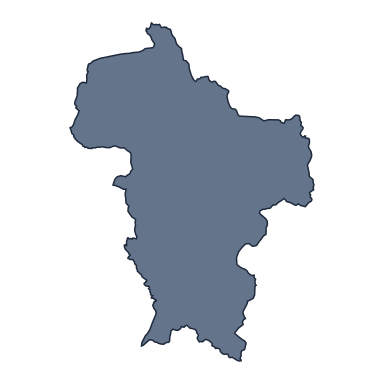 the district of Mdrak District, Đắk Lắk, Vietnam
{"feature_id": "81297802B27744921596224", "entity_name": "Mdrak District", "entity_type": "district", "adm_level": 2, "iso_a3": "VNM", "parent_name": "Vietnam", "parent_adm1": "Đắk Lắk", "projection": "robinson", "projection_center": [108.788, 12.703], "detail": "fine", "context": "isolated", "style": "filled", "palette": "slate", "viewbox_px": 384, "rotation_deg": 0, "n_neighbors": 0, "source": "geoboundaries", "source_scale": "gbopen_adm2", "svg_char_len": 5973}
<svg xmlns="http://www.w3.org/2000/svg" viewBox="0 0 384 384"><path d="M125.3,249.3L128.2,252.2L129.0,253.9L130.2,254.7L130.0,255.3L128.6,256.6L127.9,258.2L130.2,259.5L132.5,259.5L133.3,260.2L134.6,262.4L134.7,263.8L136.3,265.3L136.5,268.3L137.3,270.0L137.4,271.2L139.1,272.6L139.4,273.3L141.2,274.4L142.2,276.8L143.0,277.6L146.7,280.1L146.7,281.1L145.8,281.5L145.6,282.2L144.1,283.4L144.3,284.4L145.7,285.8L147.4,286.3L148.7,286.2L149.2,286.5L149.3,287.6L148.5,288.8L150.2,290.1L149.9,291.7L150.7,293.3L150.6,294.5L151.0,295.0L152.7,295.8L151.5,296.9L151.4,298.1L153.8,298.3L154.2,299.4L156.0,299.9L156.4,300.6L156.2,301.0L154.1,301.8L153.9,302.1L154.2,302.8L153.5,303.4L153.3,304.4L152.7,305.2L153.9,308.4L156.0,311.1L155.7,311.8L156.3,312.7L155.8,314.6L152.8,321.7L149.8,329.7L147.1,334.0L145.6,335.4L142.0,342.3L141.5,346.0L143.2,345.3L148.9,340.3L150.0,339.8L152.6,340.2L154.6,341.9L157.0,342.4L158.2,343.2L161.2,344.1L163.8,344.2L166.2,342.5L168.3,342.4L169.4,341.7L169.6,340.9L169.8,336.9L170.6,333.9L171.0,330.7L173.2,329.1L175.1,330.0L177.8,330.4L180.3,328.9L181.6,326.5L184.0,327.3L186.1,325.4L187.1,325.4L189.9,328.1L194.7,329.2L196.4,330.9L196.9,333.1L198.3,334.7L198.3,335.7L197.3,337.6L197.3,338.6L199.1,341.7L199.6,342.0L201.2,341.4L202.7,341.8L205.3,339.4L207.7,340.0L209.5,341.0L211.6,342.9L212.2,343.8L211.9,345.7L214.4,346.8L215.5,348.5L215.9,348.6L216.9,347.9L219.9,349.2L220.3,350.1L220.2,351.3L220.5,351.8L222.8,353.9L224.5,354.3L227.4,354.0L228.1,354.6L228.6,356.4L229.2,357.4L229.7,357.6L232.0,357.4L233.1,357.8L236.2,359.8L238.7,361.0L241.1,360.8L241.1,359.9L240.0,358.8L241.0,356.1L241.2,351.8L242.0,350.7L244.1,349.8L244.8,349.0L245.4,345.7L246.0,344.0L246.0,342.8L244.8,341.1L240.9,338.6L235.4,334.1L234.9,333.5L234.9,332.7L238.5,328.1L243.1,324.6L243.1,323.9L242.5,322.7L242.5,321.9L243.7,319.6L245.5,318.6L244.4,316.9L243.1,313.6L243.1,311.5L247.2,303.6L247.6,301.1L248.7,300.8L253.2,298.3L254.6,295.1L255.0,286.3L256.2,285.2L255.6,284.7L255.0,283.1L255.0,280.9L255.6,279.2L254.7,278.4L254.1,277.3L254.2,275.2L251.8,275.5L249.8,274.4L248.3,273.0L246.9,270.7L246.3,270.2L244.4,269.0L242.7,268.5L240.6,267.4L237.1,264.8L236.8,262.7L236.5,257.5L238.7,251.7L242.4,247.0L244.9,244.5L246.2,243.8L249.1,243.6L252.2,246.1L254.3,246.1L256.3,245.5L256.9,245.1L259.2,241.5L261.5,238.8L263.4,235.9L265.9,234.5L266.2,230.7L265.9,228.5L267.2,225.5L267.4,224.1L267.2,221.0L265.6,218.6L259.5,213.4L259.8,211.2L260.3,210.6L263.3,209.2L265.3,209.2L266.1,208.7L270.1,208.2L272.9,205.1L275.9,204.8L278.2,202.6L282.2,200.0L283.9,198.5L285.1,199.5L286.5,201.5L287.7,202.0L289.9,202.4L295.0,205.1L296.2,205.3L298.2,203.9L300.7,205.5L305.3,206.7L308.7,202.6L311.1,201.3L311.9,199.8L311.7,198.7L310.2,196.8L310.6,194.7L309.8,194.0L309.5,192.8L310.1,192.2L313.7,189.7L313.2,188.1L313.9,184.6L313.1,182.2L313.1,180.0L312.7,179.2L309.8,176.9L309.3,175.9L309.1,173.0L307.5,165.3L307.6,164.4L309.8,161.0L311.5,156.9L311.7,154.9L311.1,151.8L308.8,147.8L308.5,146.4L308.9,144.4L309.4,143.3L309.4,139.5L308.5,138.3L305.6,138.1L305.4,137.8L305.5,136.0L304.9,135.8L303.4,137.2L303.0,137.2L302.1,136.6L300.7,134.8L300.3,133.4L300.9,131.8L302.9,128.8L303.1,127.7L302.2,126.4L300.7,125.6L301.4,122.7L301.1,121.9L300.2,120.9L299.6,116.2L298.3,115.3L295.7,115.2L294.4,116.0L292.6,118.0L291.1,119.2L288.4,120.0L285.8,119.7L285.3,120.4L284.6,122.7L283.9,123.3L282.1,122.5L281.3,122.6L280.3,120.7L278.5,119.9L268.5,119.7L264.8,120.7L263.3,120.6L259.2,117.8L255.4,116.9L239.5,116.1L238.2,115.1L236.4,110.5L235.6,109.5L235.1,109.1L233.7,109.1L231.6,108.4L230.5,107.3L229.5,105.5L227.9,101.0L227.1,97.0L227.2,94.8L228.8,91.6L228.6,90.9L227.5,90.0L225.3,88.7L222.7,88.2L220.3,86.0L218.5,85.5L215.4,81.4L213.6,81.3L211.9,82.1L210.7,81.6L208.8,79.7L208.2,76.8L207.5,76.4L205.1,76.6L202.6,77.4L201.2,77.2L199.8,78.8L197.2,79.1L196.8,80.5L195.8,81.5L194.8,80.9L193.4,79.4L191.2,75.1L189.3,68.7L188.9,64.2L186.4,61.0L183.4,60.1L182.8,55.3L181.8,51.3L181.5,48.5L178.8,46.5L176.6,43.9L175.8,41.6L175.1,38.8L173.0,36.1L171.5,33.8L171.2,31.5L170.5,29.7L169.9,29.1L168.1,28.8L166.1,27.1L165.3,27.7L164.3,27.0L161.8,27.6L160.9,27.1L159.6,24.4L157.2,24.8L156.1,24.4L154.0,24.8L152.4,23.9L151.6,23.0L151.2,23.5L150.4,27.0L148.7,28.9L147.9,29.4L146.8,28.2L146.4,28.6L146.0,30.9L146.6,31.4L147.4,33.3L147.9,33.9L149.9,35.2L150.8,36.7L151.8,39.6L154.4,43.5L154.5,44.3L153.7,46.8L152.9,47.7L145.9,48.5L144.8,48.9L143.0,50.4L138.9,52.1L133.4,52.5L128.3,53.5L125.8,53.5L120.6,54.2L100.2,58.3L92.9,61.1L90.7,63.4L89.0,63.8L88.3,64.7L87.2,69.8L87.3,71.0L88.2,71.6L86.6,75.3L86.9,79.4L86.4,83.0L83.6,82.3L81.8,82.6L79.9,83.8L79.1,85.6L78.5,86.2L77.6,87.8L77.4,88.5L77.6,90.9L77.2,93.5L77.3,95.6L75.3,100.7L74.7,103.1L75.0,104.6L76.5,106.1L76.6,106.6L75.8,107.8L79.1,110.9L77.5,115.4L75.1,119.6L73.5,124.6L72.0,127.0L71.4,127.3L70.5,127.3L70.1,127.6L70.1,128.1L71.0,130.0L71.6,132.8L72.2,133.8L73.7,134.8L73.7,136.3L74.3,137.7L75.1,138.2L75.4,139.5L76.7,140.2L77.6,141.6L78.8,142.0L79.3,142.7L82.4,144.6L82.8,146.0L84.1,146.5L85.0,147.5L86.2,147.0L88.3,148.4L89.9,148.3L91.7,148.7L92.8,147.6L94.8,148.0L97.5,147.1L99.2,147.3L102.2,146.8L106.3,147.6L109.6,147.7L113.1,146.2L115.3,145.9L120.0,147.9L124.5,148.0L127.2,150.5L129.9,152.2L130.9,153.6L131.1,155.7L130.8,162.5L132.1,166.9L132.6,169.1L132.4,169.6L131.2,170.6L130.5,171.8L130.3,173.2L129.6,173.9L126.8,175.5L125.9,176.7L120.6,175.7L117.2,176.8L115.4,178.6L114.7,179.9L113.2,184.3L113.1,185.3L115.0,185.4L119.5,187.1L123.4,189.3L125.9,189.2L126.1,189.5L125.2,193.1L125.2,194.7L125.8,198.9L126.0,203.0L129.0,206.5L128.2,207.7L128.1,208.6L128.0,211.2L128.7,212.5L132.1,217.2L134.4,218.5L135.5,219.5L135.6,219.9L135.1,222.2L135.5,225.3L134.8,228.5L134.7,230.5L135.7,234.4L136.8,236.6L136.8,237.8L136.1,238.9L135.4,238.5L133.0,238.1L132.6,238.2L132.3,239.1L130.9,238.5L128.8,238.9L128.3,237.9L127.6,237.9L126.7,240.9L126.5,243.2L126.8,245.4L126.3,245.6L125.3,244.7L124.4,245.1L124.3,246.5L125.3,249.3Z" fill="#64748b" stroke="#1e293b" stroke-width="1.5"/></svg>